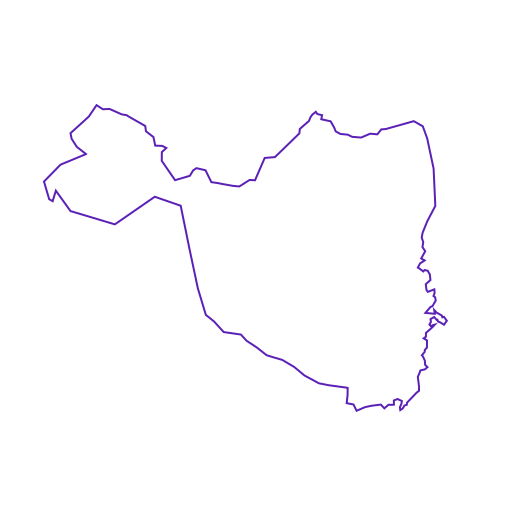 Odou, Larnaca, Cyprus (Robinson projection), rotated 258°
{"feature_id": "46923920B76521760601459", "entity_name": "Odou", "entity_type": "district", "adm_level": 2, "iso_a3": "CYP", "parent_name": "Cyprus", "parent_adm1": "Larnaca", "projection": "robinson", "projection_center": [33.154, 34.895], "detail": "fine", "context": "isolated", "style": "outline", "palette": "violet", "viewbox_px": 512, "rotation_deg": 258, "n_neighbors": 0, "source": "geoboundaries", "source_scale": "gbopen_adm2", "svg_char_len": 2343}
<svg xmlns="http://www.w3.org/2000/svg" viewBox="0 0 512 512"><g transform="rotate(258 256 256)"><path d="M351.9,68.5L361.5,73.8L338.5,83.9L316.3,124.5L335.0,169.3L320.8,192.8L276.7,192.4L236.3,192.4L208.8,194.7L207.5,195.8L206.8,196.4L200.6,201.4L188.3,208.6L182.3,224.9L175.0,229.2L166.2,237.9L156.8,245.7L153.7,251.2L151.5,255.3L148.9,260.1L139.4,270.4L129.0,278.6L118.4,291.1L114.5,300.2L108.3,317.5L107.9,318.2L107.8,318.3L105.7,317.7L101.1,316.7L93.2,314.1L90.5,320.5L83.7,322.2L85.5,331.3L85.5,338.1L84.7,347.2L80.3,349.9L82.9,354.6L82.1,358.4L81.9,360.0L86.0,360.8L86.7,364.6L83.9,368.5L81.5,367.7L78.1,365.3L75.3,365.1L76.3,367.7L78.9,370.1L79.1,372.5L81.2,373.3L89.0,384.8L90.2,387.4L94.3,388.3L99.6,388.8L104.0,389.1L108.0,391.9L109.9,393.0L110.0,397.6L111.6,400.6L114.5,398.8L118.6,399.4L123.1,398.4L124.4,397.6L127.2,401.1L129.0,401.6L130.9,404.2L137.9,405.7L140.6,402.9L141.7,405.4L143.4,405.8L145.5,406.3L148.3,411.4L150.0,414.2L151.7,416.6L151.6,414.7L151.1,412.4L152.9,411.4L155.2,413.4L158.0,413.6L159.3,417.6L156.0,419.4L156.0,420.2L154.3,420.3L152.4,422.8L149.7,425.6L153.0,429.2L157.4,427.2L157.3,425.5L159.1,425.4L162.4,421.7L162.9,421.0L166.1,419.1L162.3,418.9L165.1,409.9L169.9,416.1L170.3,418.2L175.0,422.5L178.3,422.7L180.0,421.3L182.6,423.0L186.3,423.5L185.2,416.6L187.3,415.7L193.1,416.2L196.2,421.6L201.7,422.2L205.9,420.9L207.2,417.9L206.1,416.4L209.7,413.3L211.0,411.9L214.6,414.9L216.6,420.0L219.2,417.1L225.5,422.5L230.1,420.7L234.9,422.5L239.5,421.9L244.1,423.8L254.3,430.7L267.7,441.8L304.6,447.9L335.5,447.9L348.2,446.1L354.0,439.6L355.1,438.3L353.2,409.3L353.8,404.9L349.8,400.0L351.9,393.1L350.0,383.4L352.6,374.8L355.6,371.0L357.8,364.0L361.3,359.9L365.7,359.1L372.2,357.0L376.2,348.3L380.0,349.9L382.1,345.5L384.6,344.5L382.5,340.4L380.7,338.4L377.1,335.9L371.2,325.3L366.9,323.9L348.8,295.1L350.1,284.9L330.3,270.8L331.7,265.5L327.5,254.2L329.4,248.0L333.7,237.4L335.2,234.0L337.5,227.7L350.4,224.4L354.3,216.0L352.8,212.3L348.2,208.0L347.0,192.6L368.7,183.6L377.2,185.5L380.3,190.7L383.2,187.2L384.9,180.4L393.7,180.4L398.4,176.4L400.9,174.3L406.2,174.7L419.2,160.1L420.7,158.7L422.4,154.2L430.3,143.3L431.4,136.7L436.7,131.4L427.1,121.4L414.7,100.1L409.1,100.0L400.0,103.4L391.1,110.9L391.0,110.7L386.0,83.8L372.9,64.1L354.6,65.5L351.9,68.5Z" fill="none" stroke="#5b21b6" stroke-width="2"/></g></svg>